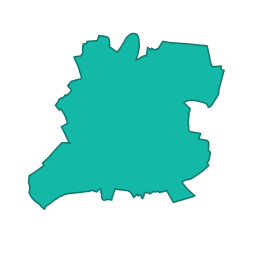 Phu Ly, Hà Nam, Vietnam (Mercator projection), rotated 12°
{"feature_id": "81297802B99776560080545", "entity_name": "Phu Ly", "entity_type": "district", "adm_level": 2, "iso_a3": "VNM", "parent_name": "Vietnam", "parent_adm1": "Hà Nam", "projection": "mercator", "projection_center": [105.916, 20.538], "detail": "fine", "context": "isolated", "style": "filled", "palette": "teal", "viewbox_px": 256, "rotation_deg": 12, "n_neighbors": 0, "source": "geoboundaries", "source_scale": "gbopen_adm2", "svg_char_len": 4030}
<svg xmlns="http://www.w3.org/2000/svg" viewBox="0 0 256 256"><g transform="rotate(12 128 128)"><path d="M134.5,45.1L134.0,46.7L130.5,45.3L130.9,53.5L130.2,53.6L129.7,53.7L129.2,53.9L128.3,54.4L126.9,55.4L123.7,58.4L122.8,59.2L121.9,59.8L122.0,56.5L122.3,52.6L122.2,50.0L122.2,46.9L121.9,45.2L121.4,43.4L120.4,39.9L119.6,37.7L118.5,35.9L117.6,34.9L116.6,34.4L115.6,34.2L113.8,34.4L112.4,34.8L110.7,36.1L108.4,38.8L107.6,40.3L107.0,41.8L106.4,44.2L105.6,46.4L104.2,50.4L103.0,53.1L101.8,55.6L101.5,56.2L92.9,52.2L92.5,49.8L91.9,47.1L91.3,45.5L90.6,44.6L89.6,43.7L89.0,43.4L87.7,43.2L86.8,43.2L84.0,43.3L81.0,43.7L80.3,43.8L80.1,47.5L79.6,48.8L79.3,49.1L75.0,50.4L73.3,50.8L71.5,51.4L70.0,51.8L69.9,52.4L69.9,53.9L69.8,54.1L69.2,54.4L66.8,55.0L66.8,56.6L67.1,59.6L67.4,61.7L68.1,63.2L68.4,63.5L67.5,65.1L67.3,66.3L67.0,67.1L66.0,67.6L64.8,68.1L62.5,68.9L60.5,69.8L62.3,72.5L67.1,79.0L69.2,83.1L71.1,86.4L71.8,88.1L72.2,89.2L71.8,89.6L71.3,90.1L70.7,90.4L69.8,90.6L67.3,91.8L66.2,92.4L63.4,93.9L62.8,94.4L61.5,96.8L60.4,98.7L60.3,99.0L60.7,99.6L61.9,100.6L64.7,102.4L64.9,103.2L61.6,108.8L60.5,108.5L60.0,108.5L59.9,108.7L58.2,111.7L57.8,112.0L57.0,112.3L55.6,113.2L55.1,113.7L54.8,114.1L54.5,114.7L54.3,115.4L54.1,117.1L54.0,117.6L53.0,118.8L52.9,120.0L52.3,120.9L57.0,124.7L58.4,123.5L61.4,126.3L62.8,127.8L63.3,128.4L63.8,129.0L67.5,135.2L68.0,136.0L62.6,140.6L66.1,144.9L72.4,153.2L74.3,154.9L72.9,154.9L69.7,155.4L66.2,156.4L64.6,159.2L62.9,161.9L61.4,164.4L58.9,168.9L57.2,171.8L57.0,172.5L51.7,180.2L53.6,182.3L51.2,184.7L49.2,187.2L46.4,190.2L44.6,191.9L43.2,193.4L41.2,195.3L41.6,197.4L41.9,201.1L42.3,202.6L43.6,204.7L44.2,206.2L44.7,210.0L44.8,211.9L46.4,214.1L48.4,216.1L52.0,218.7L55.3,220.3L56.6,220.5L60.1,223.3L62.4,224.4L63.3,224.7L63.6,222.3L64.5,221.0L67.3,218.2L69.2,216.0L70.7,214.2L75.3,209.5L77.0,208.4L80.7,205.7L83.2,204.6L87.3,203.2L90.4,202.3L93.6,201.2L97.2,200.0L100.7,198.7L102.7,198.2L104.2,197.4L105.8,196.4L107.5,196.7L110.6,197.0L111.1,196.1L112.1,194.7L113.2,193.6L113.8,193.5L114.3,193.9L114.7,194.9L114.8,196.8L115.1,197.1L115.7,197.4L116.1,198.1L116.1,199.5L116.5,200.5L117.4,202.6L117.8,203.0L118.9,203.6L120.1,203.5L121.6,202.7L122.6,202.2L124.0,202.0L125.7,201.9L127.1,201.7L126.9,199.5L127.2,196.4L127.7,193.2L128.0,190.9L128.0,190.3L130.0,190.3L130.7,190.2L131.1,190.2L132.8,190.1L134.8,189.9L137.6,189.6L138.9,189.4L140.0,189.4L141.6,189.5L142.6,189.7L143.7,190.4L145.2,191.6L146.7,193.2L148.0,194.7L149.1,193.2L151.0,190.7L152.0,192.3L154.2,190.8L154.7,190.9L155.0,191.5L155.5,193.1L156.0,193.7L156.6,193.8L157.0,193.7L157.6,191.4L157.6,187.7L159.4,187.7L160.8,186.9L163.1,187.9L165.2,185.8L166.0,184.8L167.2,184.9L168.3,184.9L170.5,183.5L171.2,183.9L171.7,184.4L172.3,184.3L175.5,183.1L177.6,181.9L178.8,181.2L187.9,191.3L200.5,184.5L205.0,182.1L207.4,180.4L202.4,177.5L198.9,175.5L196.1,173.3L193.6,171.3L192.1,169.6L195.1,166.9L199.6,165.0L202.4,162.5L206.6,158.2L210.6,153.8L213.6,149.5L214.8,147.9L212.4,145.5L213.8,143.6L213.9,140.9L213.8,139.2L213.8,136.7L213.6,134.6L213.2,134.3L211.9,133.5L211.4,133.2L211.1,132.8L210.8,129.8L210.3,127.1L210.0,125.6L209.4,124.8L208.8,124.4L208.0,123.8L206.8,123.7L199.5,124.0L199.6,123.2L200.2,118.3L196.2,118.4L189.3,118.7L188.3,118.2L187.7,117.5L187.1,114.4L186.7,112.4L185.9,111.9L185.2,105.7L184.9,101.7L183.9,100.9L183.8,100.4L184.3,99.7L184.8,99.5L184.8,96.3L181.7,94.3L177.7,91.9L178.2,90.8L179.6,89.4L181.0,88.7L183.3,88.0L185.8,87.5L190.0,87.1L192.5,87.2L197.1,87.4L199.0,87.8L200.6,88.8L201.7,89.9L202.3,90.9L202.3,91.0L204.2,89.9L205.4,87.6L205.8,86.1L208.0,80.8L209.4,76.5L209.5,75.8L209.4,74.9L209.0,72.9L208.9,71.9L209.0,71.5L209.0,69.5L210.0,51.7L206.9,51.5L206.6,49.8L206.2,48.0L201.4,49.5L199.0,50.1L198.6,50.1L197.0,50.2L194.7,45.8L192.9,41.5L188.3,31.3L186.5,31.3L184.7,31.6L179.9,32.2L179.4,32.3L175.5,32.6L168.4,33.4L163.2,34.1L160.7,34.5L150.2,35.9L144.1,36.0L143.4,37.5L142.6,39.6L141.8,42.2L140.9,44.7L139.9,44.4L139.5,45.8L138.3,45.9L136.4,45.6L134.5,45.1Z" fill="#14b8a6" stroke="#0f766e" stroke-width="1.5"/></g></svg>